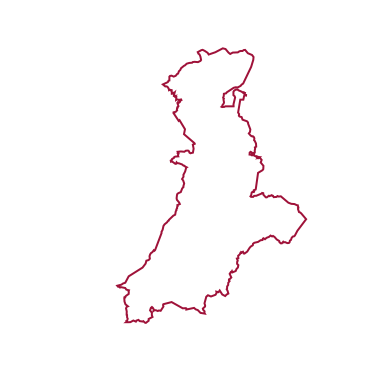 Quimixtlán, Puebla, Mexico (orthographic projection), rotated 139°
{"feature_id": "50627088B34935710320898", "entity_name": "Quimixtlán", "entity_type": "district", "adm_level": 2, "iso_a3": "MEX", "parent_name": "Mexico", "parent_adm1": "Puebla", "projection": "orthographic", "projection_center": [-97.112, 19.243], "detail": "fine", "context": "isolated", "style": "outline", "palette": "rose", "viewbox_px": 384, "rotation_deg": 139, "n_neighbors": 0, "source": "geoboundaries", "source_scale": "gbopen_adm2", "svg_char_len": 6067}
<svg xmlns="http://www.w3.org/2000/svg" viewBox="0 0 384 384"><g transform="rotate(139 192 192)"><path d="M327.2,137.0L323.9,134.2L320.6,133.5L319.4,131.0L318.3,131.4L316.3,130.6L316.2,128.9L314.2,126.6L313.5,126.5L313.2,124.2L312.7,123.5L309.2,123.3L308.0,124.6L303.8,123.6L303.1,125.4L301.5,127.2L301.3,130.2L299.1,131.5L297.7,131.5L297.6,130.8L298.0,130.4L297.6,129.9L297.9,128.5L299.1,127.5L297.8,127.4L296.8,126.4L295.9,124.6L294.7,124.3L293.6,122.9L288.7,124.3L288.0,125.7L287.2,126.1L279.6,122.3L275.3,110.3L272.8,108.3L272.7,107.8L273.4,107.0L266.5,103.2L266.2,101.0L265.1,99.1L264.9,95.2L262.1,91.8L261.9,92.7L260.8,93.7L260.8,95.9L260.3,96.9L257.3,97.0L256.5,97.8L255.6,99.8L249.9,103.6L247.7,103.6L246.2,100.7L241.7,99.0L239.6,99.7L239.0,100.8L237.7,99.0L235.7,99.5L236.4,94.8L235.2,91.7L233.1,91.9L231.2,91.5L229.9,94.3L229.6,95.9L228.9,96.1L227.4,97.7L225.7,98.1L224.2,99.7L222.1,100.1L222.1,101.1L221.4,101.8L220.6,101.5L218.4,101.7L217.3,105.5L215.2,106.1L214.9,105.6L213.8,106.0L214.2,104.8L210.9,103.7L208.9,104.7L206.9,104.9L205.0,106.4L205.1,108.2L203.7,109.7L202.6,110.1L201.8,112.3L200.5,111.6L199.0,113.6L196.8,113.6L195.4,114.3L194.8,113.6L194.2,114.3L193.9,113.8L192.7,113.5L193.2,111.5L192.8,111.1L189.4,110.8L185.4,112.0L183.5,112.3L181.1,111.9L179.9,112.9L178.3,112.8L174.9,111.0L171.9,110.6L170.3,109.5L169.1,110.3L168.4,110.2L167.9,108.5L165.8,108.5L163.3,107.6L161.3,107.6L160.7,105.9L159.7,105.7L159.2,103.9L159.2,100.6L158.3,97.8L158.9,96.8L158.7,95.0L157.9,94.3L155.9,94.6L156.0,93.9L154.7,93.2L153.6,90.9L152.4,90.0L151.4,90.0L150.0,91.1L148.8,90.9L146.7,92.1L145.0,92.2L144.1,91.6L143.0,91.6L137.9,93.6L123.7,96.6L123.6,104.1L123.8,105.6L124.4,106.6L123.2,109.6L122.7,109.8L122.4,110.5L121.9,110.5L120.9,112.6L121.4,113.0L122.6,115.7L124.8,117.9L126.3,120.7L127.8,130.5L129.5,131.6L130.2,132.9L131.4,132.8L133.7,134.5L133.4,135.9L133.9,136.3L133.9,137.3L136.2,138.0L136.4,138.7L139.1,138.9L139.8,139.6L139.9,143.1L139.0,144.4L139.7,145.3L140.3,145.1L146.0,147.0L147.6,148.3L149.0,148.2L150.6,149.6L150.7,150.4L149.7,150.6L147.3,152.4L146.3,152.4L145.4,151.4L144.9,151.5L144.7,152.4L144.2,152.8L142.5,152.1L141.9,152.4L129.6,163.1L124.5,162.2L123.2,162.5L120.9,164.9L120.8,169.2L118.4,170.5L118.3,173.2L119.5,174.0L118.0,173.9L119.2,175.3L119.2,174.5L119.4,174.4L119.4,175.0L120.1,175.6L119.5,176.1L119.8,176.7L120.4,176.7L121.4,179.3L122.9,180.6L123.0,181.4L124.0,182.5L122.6,183.9L121.4,183.9L121.0,182.9L121.2,181.9L122.0,181.5L121.3,180.2L121.0,180.6L120.7,180.5L120.9,180.0L120.5,179.6L119.7,180.9L119.2,180.5L118.6,180.7L117.4,182.2L115.9,183.3L115.3,184.4L113.8,184.1L111.9,186.6L111.1,189.4L111.2,190.3L109.8,191.5L109.3,192.6L109.5,194.2L110.1,194.4L110.7,196.0L110.7,198.9L108.8,199.3L106.9,201.0L104.8,206.8L104.1,207.7L104.1,209.3L106.4,213.4L105.4,216.0L106.6,217.8L106.6,218.8L105.3,219.9L105.1,221.7L95.0,230.0L92.7,228.0L89.8,230.2L89.0,230.1L89.2,230.4L88.8,230.8L87.9,229.4L87.5,229.8L88.4,231.1L87.1,232.0L87.8,232.8L87.5,233.4L88.0,233.8L88.4,233.6L88.7,235.1L90.2,238.2L90.3,239.3L91.9,240.6L93.8,240.8L95.0,240.4L97.2,237.9L97.0,236.4L97.4,235.1L103.1,231.0L104.4,229.4L110.7,234.8L111.7,235.0L113.6,236.4L113.8,236.9L112.7,236.9L112.2,237.5L110.0,238.0L109.0,238.7L107.6,241.1L106.7,241.5L106.7,242.7L105.2,243.5L103.5,245.2L101.5,244.1L100.4,244.4L92.2,243.3L90.5,242.5L88.8,240.9L85.7,240.2L84.2,240.5L82.2,240.3L65.3,247.6L59.1,251.5L57.0,253.5L56.8,256.0L58.8,260.1L58.7,264.4L59.9,265.2L61.4,265.3L62.6,266.4L64.0,267.1L65.8,267.3L69.8,270.5L72.6,271.1L73.0,273.2L72.9,277.9L74.5,280.2L82.8,282.2L89.2,284.8L88.9,286.8L89.8,290.1L90.7,292.3L91.8,292.9L95.9,293.8L96.4,292.2L96.1,290.9L96.8,288.7L98.5,285.7L99.6,285.4L102.3,286.1L104.7,288.6L106.3,289.6L107.1,289.5L109.4,291.2L111.8,292.3L114.3,292.2L115.3,292.5L119.1,292.6L120.8,291.8L122.7,291.7L124.8,290.5L125.7,290.8L128.1,290.4L130.1,291.1L131.1,293.2L132.4,294.0L133.4,293.9L135.9,291.0L136.7,291.4L138.2,290.8L143.4,292.3L142.9,289.2L141.9,288.4L141.5,287.4L141.8,285.2L142.5,284.0L141.9,283.9L141.5,282.7L141.1,283.0L140.5,282.2L142.8,279.4L141.6,278.6L140.9,278.9L140.7,278.5L139.8,278.5L142.3,276.8L142.5,276.2L141.8,275.7L142.3,275.7L141.7,274.8L142.1,274.5L141.5,274.0L143.6,271.9L142.6,271.8L141.8,270.7L141.7,269.9L141.2,270.0L139.5,269.0L139.7,268.4L140.3,268.7L142.0,267.9L142.8,267.9L143.6,268.8L144.0,268.2L144.7,268.6L145.9,265.7L147.1,265.7L147.4,265.1L147.9,265.3L149.2,264.3L149.6,263.4L151.7,263.2L153.4,264.1L153.7,263.3L154.2,263.5L155.4,254.4L154.3,254.4L156.1,244.0L160.1,240.9L158.1,227.3L158.3,226.6L160.3,227.2L162.4,223.6L165.5,221.1L167.8,222.3L168.1,223.5L167.6,224.4L167.6,225.5L168.2,226.2L169.6,227.2L171.4,227.4L173.8,229.9L176.5,231.8L176.9,230.9L176.5,230.7L176.8,230.0L177.5,230.3L177.7,229.4L178.7,228.7L179.0,227.9L181.4,229.7L182.5,230.0L183.1,229.6L185.3,230.0L185.8,229.4L187.4,229.7L187.8,229.0L187.5,229.0L187.6,228.5L186.8,227.2L186.1,224.2L185.6,223.8L184.2,224.5L184.2,223.4L183.1,222.3L181.4,219.3L181.1,217.4L180.5,216.8L180.5,215.8L179.8,214.1L180.4,214.2L183.7,212.0L187.2,210.6L188.4,209.1L191.0,208.3L191.1,206.5L192.3,203.6L194.9,201.9L195.1,201.4L197.1,201.1L200.5,199.3L203.2,200.1L204.5,200.1L205.4,199.5L207.7,197.4L208.5,196.0L208.6,192.5L209.1,190.9L211.7,191.7L212.1,190.7L213.2,190.4L213.9,189.5L215.2,189.2L215.6,188.5L216.9,188.1L219.6,185.9L221.6,186.4L227.8,186.1L228.3,185.7L229.5,185.9L230.6,185.5L233.9,185.6L235.8,185.1L238.9,182.8L241.2,181.9L241.9,181.0L257.9,172.4L258.9,172.3L259.0,173.1L261.4,172.6L263.1,172.8L264.5,172.4L266.2,171.4L267.6,169.3L269.4,169.1L271.5,170.1L274.0,168.4L278.9,167.4L295.1,169.9L301.9,167.3L304.1,168.2L306.1,168.4L309.9,170.3L309.9,168.9L309.1,168.4L309.0,167.1L308.2,167.0L305.4,163.4L305.6,161.4L304.1,159.2L305.0,158.8L305.2,158.1L306.7,156.6L309.8,156.9L311.3,156.8L311.5,156.4L312.2,156.8L312.7,156.0L313.0,156.0L314.8,153.6L315.9,150.9L315.4,147.8L316.5,148.2L318.1,147.5L319.6,144.7L321.9,142.2L321.7,141.8L323.2,140.0L323.7,138.5L325.7,137.3L326.2,137.6L326.5,137.0L327.2,137.0Z" fill="none" stroke="#9f1239" stroke-width="2"/></g></svg>